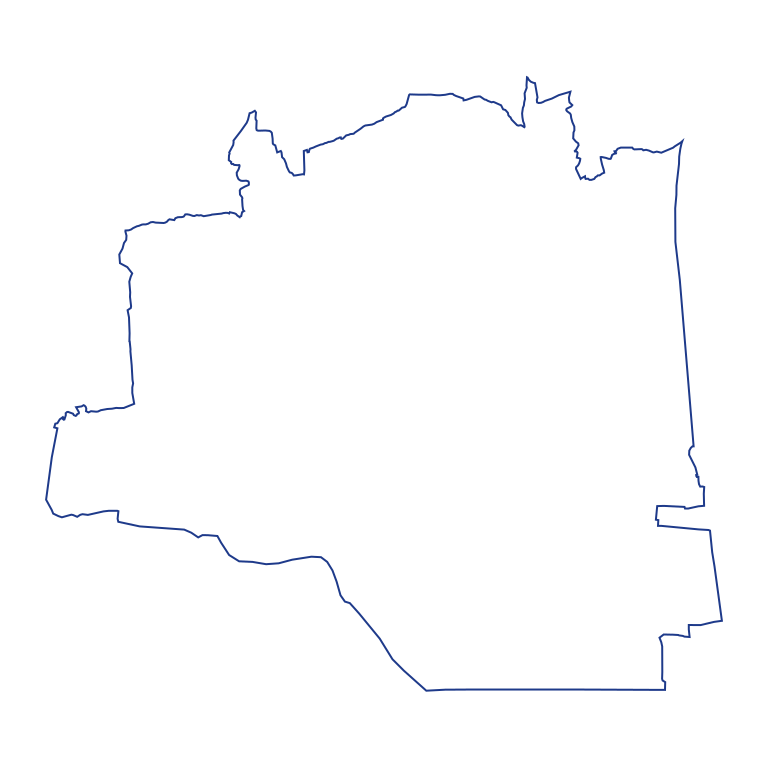 the district of Tamasi, Bacau, Romania, rotated 270°
{"feature_id": "2599482B86885010091457", "entity_name": "Tamasi", "entity_type": "district", "adm_level": 2, "iso_a3": "ROU", "parent_name": "Romania", "parent_adm1": "Bacau", "projection": "albers", "projection_center": [27.031, 46.487], "detail": "fine", "context": "isolated", "style": "outline", "palette": "blue", "viewbox_px": 768, "rotation_deg": 270, "n_neighbors": 0, "source": "geoboundaries", "source_scale": "gbopen_adm2", "svg_char_len": 6112}
<svg xmlns="http://www.w3.org/2000/svg" viewBox="0 0 768 768"><g transform="rotate(270 384 384)"><path d="M620.3,673.1L615.3,661.3L616.4,656.8L615.6,653.8L615.7,652.9L617.4,649.0L618.2,646.1L617.7,643.3L618.6,642.4L618.9,641.5L618.6,634.4L619.0,633.4L620.4,632.2L620.4,620.8L619.2,617.6L617.0,616.1L616.7,614.5L615.8,614.9L614.9,616.1L614.6,616.0L614.2,614.1L613.1,612.2L609.3,610.8L609.1,610.3L609.2,608.6L610.1,606.0L611.0,601.7L610.9,600.7L609.2,600.8L603.4,602.1L597.9,603.8L595.3,604.2L594.5,602.2L592.6,599.6L592.6,597.8L591.5,596.7L590.9,595.5L589.1,594.3L588.1,591.3L588.1,589.5L589.3,588.0L589.1,585.6L590.4,585.1L591.7,585.0L589.8,581.5L589.1,580.7L598.9,576.1L599.9,576.0L600.8,576.1L602.6,578.0L604.5,579.1L607.2,580.0L609.2,580.3L609.7,579.6L610.4,576.8L615.2,577.6L616.2,577.0L616.7,575.9L616.5,575.1L617.0,574.8L618.3,576.1L622.7,578.6L624.7,578.2L626.4,575.9L629.6,573.2L635.5,573.5L637.7,574.4L641.5,574.3L645.8,572.4L650.0,571.2L653.2,570.8L654.5,570.1L656.7,567.1L657.8,566.3L658.7,566.3L659.4,566.9L661.5,571.2L662.9,572.3L665.6,569.5L667.3,569.2L670.3,568.9L676.3,570.4L672.9,558.9L669.4,551.8L667.1,545.0L666.0,543.1L665.2,541.0L665.0,538.6L665.6,537.1L668.1,536.8L670.6,537.5L684.9,535.0L685.2,533.4L686.3,530.8L688.2,528.8L690.4,527.6L690.7,527.0L682.7,526.5L680.2,526.7L674.7,524.6L669.0,525.0L665.7,524.2L662.6,523.9L660.1,522.9L654.6,522.1L650.9,522.4L646.7,523.1L643.9,524.2L641.2,524.6L640.8,524.3L642.3,522.0L642.8,520.9L642.4,518.3L642.9,517.0L648.4,511.6L650.7,510.5L651.4,509.5L652.7,508.4L655.2,507.9L658.0,505.4L658.7,503.1L662.7,501.1L665.8,494.2L666.1,493.2L665.7,491.6L667.2,487.7L668.2,486.1L668.4,484.9L668.8,484.1L671.5,480.2L671.6,478.8L671.1,474.7L668.2,466.5L667.6,463.6L669.5,463.3L672.0,456.1L673.1,453.8L674.1,452.7L674.2,449.9L673.2,445.2L672.7,439.6L672.8,436.1L673.4,431.0L673.3,419.8L673.6,409.7L673.0,409.1L663.9,406.6L661.6,405.4L661.0,404.8L660.3,402.0L657.6,399.0L657.3,398.3L657.4,397.7L656.4,396.3L655.9,395.0L654.5,393.6L653.0,390.9L651.5,386.1L650.5,384.2L649.6,383.0L648.3,383.0L645.9,376.6L644.3,374.3L643.4,371.9L642.5,365.3L641.6,363.5L639.2,360.5L635.3,354.7L634.5,354.0L634.2,353.4L633.9,350.2L633.2,348.8L632.6,346.2L629.4,342.9L629.1,341.4L629.3,341.1L630.6,340.8L630.5,339.6L629.8,338.5L629.3,336.7L627.3,333.8L626.9,332.6L626.1,329.6L626.1,328.5L625.1,326.4L624.9,325.0L623.8,322.9L623.4,320.6L621.5,315.7L620.4,313.4L619.3,310.0L618.6,309.5L615.9,308.8L615.7,307.5L618.1,306.9L617.0,303.8L597.6,304.4L593.6,304.0L593.8,302.8L592.6,295.6L592.5,293.7L593.9,292.9L595.1,291.7L595.6,289.8L596.9,288.9L601.1,286.9L604.6,286.0L608.8,284.2L610.8,282.1L615.7,281.5L617.0,280.8L615.6,277.2L622.6,275.3L623.7,273.3L624.6,272.8L629.4,272.6L635.2,271.8L636.3,270.9L637.1,269.5L637.5,265.4L637.3,258.5L637.5,257.4L637.9,256.7L639.6,256.3L647.3,256.6L648.5,255.7L650.3,255.5L655.6,256.0L657.2,254.8L655.4,251.7L654.8,249.6L648.3,248.0L645.2,246.7L637.0,240.9L627.4,233.5L625.7,233.6L623.0,233.2L615.5,229.2L614.4,229.6L612.6,229.0L607.8,228.8L606.0,231.2L604.7,231.1L603.9,231.9L604.0,233.2L603.1,234.1L602.8,238.0L603.0,239.2L602.7,239.5L601.6,239.5L598.7,238.6L595.3,236.7L592.6,236.9L589.3,238.2L588.1,239.4L587.3,240.9L587.1,242.5L587.3,246.3L586.6,248.4L585.7,248.8L583.7,248.9L583.0,248.6L581.4,244.8L579.1,240.7L577.6,239.8L573.4,240.0L570.7,242.1L569.7,242.4L568.9,242.1L562.0,242.5L558.0,243.1L557.0,244.1L555.8,242.1L551.9,241.2L551.4,240.0L550.8,239.7L552.5,237.3L554.0,236.0L554.7,234.5L555.8,229.8L554.5,229.2L555.1,227.7L555.2,225.8L554.9,223.3L554.4,221.6L553.4,211.8L553.0,210.8L551.8,203.7L552.8,200.9L552.5,199.0L552.9,196.8L552.0,194.4L552.1,192.9L553.3,189.4L553.7,187.2L553.6,185.3L551.5,183.8L551.1,182.8L550.9,181.5L550.8,177.9L549.8,175.4L547.9,174.3L548.7,169.5L547.9,168.3L546.3,166.9L545.4,165.3L545.0,163.7L545.4,155.6L546.0,153.0L545.7,150.6L544.3,148.2L543.6,145.8L543.6,143.3L543.4,141.9L542.2,139.0L541.7,136.9L539.9,133.1L538.5,131.1L537.7,128.8L537.5,125.5L536.4,125.4L532.3,126.5L528.1,126.2L525.0,124.0L519.4,122.5L513.5,119.3L504.8,120.0L500.9,127.3L494.6,132.2L491.2,130.7L486.3,129.3L475.7,130.2L471.1,130.0L461.7,131.1L460.0,130.8L457.8,127.6L450.6,129.0L434.7,129.6L426.7,129.4L426.6,129.7L418.7,130.5L416.7,130.4L402.5,131.7L388.2,132.5L384.6,133.1L380.6,132.3L375.0,132.3L364.2,134.2L360.0,123.7L359.9,119.3L360.1,116.2L359.3,112.0L359.0,107.3L357.8,100.8L356.5,98.0L356.3,96.3L356.8,91.0L355.6,88.5L356.8,86.0L359.4,86.3L361.3,85.6L362.4,84.5L362.8,83.6L361.6,81.6L360.8,76.1L355.8,78.9L354.6,78.8L353.8,77.1L352.5,76.4L352.1,75.7L352.9,73.8L354.3,73.0L356.1,68.1L356.0,67.1L354.8,65.7L352.8,65.8L348.5,64.4L348.3,63.7L349.3,62.6L350.5,63.2L350.9,62.9L348.7,59.8L344.8,57.4L344.3,55.3L340.6,54.2L339.7,57.4L310.7,51.8L268.3,46.1L258.1,51.7L254.4,53.2L251.9,58.4L250.7,61.9L253.3,71.3L253.0,73.0L251.2,77.2L253.2,80.3L253.8,82.5L253.1,87.9L256.6,103.5L257.2,108.8L257.2,117.3L256.8,118.4L249.2,117.6L246.2,118.3L241.6,139.7L238.4,184.2L235.3,191.3L230.6,198.2L232.9,202.5L232.8,207.9L232.0,217.4L225.3,221.1L213.0,229.1L206.7,239.1L206.1,252.5L203.8,266.1L204.7,278.7L208.3,292.2L211.3,311.4L210.8,321.0L206.1,327.2L197.5,332.5L186.4,336.6L172.7,340.5L166.4,344.9L164.9,349.8L154.4,359.2L129.4,379.7L108.7,392.5L97.3,403.9L77.3,426.3L78.3,445.0L78.5,476.2L78.5,568.2L78.1,665.0L85.9,665.2L87.5,662.6L89.2,662.1L95.9,662.3L121.5,662.2L125.7,661.3L130.3,659.5L133.5,663.7L133.3,673.1L133.0,678.3L132.6,679.1L132.1,682.8L131.4,684.4L131.0,689.6L138.5,688.8L143.0,688.8L142.9,700.5L146.1,714.0L147.2,721.9L201.6,714.5L215.7,712.2L237.4,710.0L238.0,708.5L238.6,698.6L242.1,661.7L242.1,658.0L247.9,658.3L248.3,655.9L261.9,657.2L262.1,663.9L261.1,684.5L259.5,685.0L259.5,688.3L261.7,698.4L262.2,704.1L274.3,703.8L281.0,704.2L281.5,702.6L281.4,700.2L283.9,699.0L287.2,698.5L291.1,698.4L291.0,696.9L292.0,696.3L293.0,696.2L293.2,697.3L300.6,695.4L313.2,689.1L317.4,689.3L320.1,690.8L321.7,692.5L321.7,693.6L488.1,679.8L526.1,675.4L559.7,675.2L573.1,676.4L582.3,676.5L604.0,679.0L611.4,679.2L619.2,680.3L624.5,681.5L626.8,682.3L625.4,680.7L621.6,674.7L620.3,673.1Z" fill="none" stroke="#1e3a8a" stroke-width="2"/></g></svg>